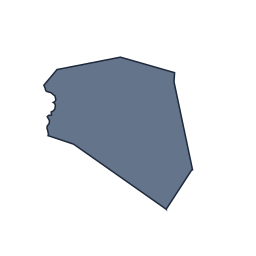 outline of Floissac/Marc, Castries, Saint Lucia, rotated 55°
{"feature_id": "8701671B34935279369913", "entity_name": "Floissac/Marc", "entity_type": "district", "adm_level": 2, "iso_a3": "LCA", "parent_name": "Saint Lucia", "parent_adm1": "Castries", "projection": "natural_earth1", "projection_center": [-60.961, 13.963], "detail": "fine", "context": "isolated", "style": "filled", "palette": "slate", "viewbox_px": 256, "rotation_deg": 55, "n_neighbors": 0, "source": "geoboundaries", "source_scale": "gbopen_adm2", "svg_char_len": 625}
<svg xmlns="http://www.w3.org/2000/svg" viewBox="0 0 256 256"><g transform="rotate(55 128 128)"><path d="M199.3,99.1L199.0,99.0L116.7,63.9L109.4,58.1L65.6,93.6L39.4,152.6L44.7,172.4L46.1,172.7L48.2,173.1L49.2,173.7L51.2,173.8L52.6,172.7L54.9,170.8L56.1,170.5L60.0,169.4L62.8,170.7L63.3,170.7L64.5,172.8L64.1,174.6L65.5,174.1L67.3,174.2L68.6,175.2L70.7,177.4L71.1,180.0L70.8,181.8L73.5,183.2L72.1,185.9L72.4,187.7L76.8,188.1L79.1,189.9L80.0,193.0L81.6,194.5L84.0,195.2L87.7,196.9L88.4,197.9L110.1,181.8L216.2,143.4L216.6,143.3L216.4,143.2L199.0,100.1L199.3,99.1Z" fill="#64748b" stroke="#1e293b" stroke-width="1.5"/></g></svg>